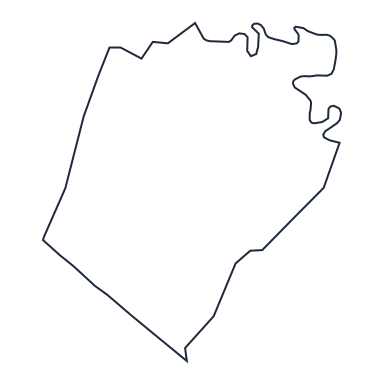 Berkeley, West Virginia, United States of America (Albers equal-area conic projection)
{"feature_id": "52423323B11679801882970", "entity_name": "Berkeley", "entity_type": "district", "adm_level": 2, "iso_a3": "USA", "parent_name": "United States of America", "parent_adm1": "West Virginia", "projection": "albers", "projection_center": [-77.931, 39.442], "detail": "fine", "context": "isolated", "style": "outline", "palette": "slate", "viewbox_px": 384, "rotation_deg": 0, "n_neighbors": 0, "source": "geoboundaries", "source_scale": "gbopen_adm2", "svg_char_len": 1419}
<svg xmlns="http://www.w3.org/2000/svg" viewBox="0 0 384 384"><path d="M195.1,23.0L167.9,43.3L152.8,41.9L141.5,58.6L120.5,47.5L109.5,47.5L98.2,76.1L83.7,116.4L65.3,188.3L44.1,236.5L43.0,240.1L60.2,255.5L73.4,266.1L94.8,285.8L107.5,295.0L131.2,315.3L151.1,331.7L152.3,332.7L186.8,361.0L185.1,348.0L213.7,316.2L235.6,263.4L250.3,250.7L262.2,250.1L295.7,216.0L323.7,187.8L339.6,142.8L329.6,140.3L324.0,137.3L323.5,135.5L323.2,134.7L325.2,131.3L337.0,123.2L339.8,119.9L341.0,114.0L340.8,112.2L339.7,109.1L338.3,107.9L333.7,105.8L331.1,106.3L329.6,107.3L328.5,109.1L328.1,118.3L322.0,122.1L314.1,123.3L311.5,122.6L310.6,121.3L309.7,120.1L309.7,113.4L310.5,110.0L311.0,103.8L311.0,102.2L310.3,100.4L305.7,94.8L294.8,87.5L293.0,83.7L293.2,81.7L293.7,80.6L295.0,79.4L300.7,76.5L304.9,76.1L310.0,76.4L317.2,75.4L327.3,75.7L331.6,73.7L332.7,71.4L333.8,69.3L335.6,59.6L336.3,53.8L336.4,50.2L334.8,40.6L333.5,38.9L330.3,35.9L326.8,34.8L319.0,34.9L315.8,34.2L307.8,31.1L303.4,28.1L295.7,26.7L294.3,27.9L294.4,29.0L298.1,34.0L298.7,35.8L298.4,41.6L296.6,43.4L291.9,44.1L290.7,43.7L282.3,41.0L274.1,39.1L268.1,37.1L265.8,34.5L263.7,28.5L260.7,24.9L257.3,23.5L254.1,23.8L252.3,25.4L252.1,27.2L258.8,33.7L258.1,47.0L256.2,54.0L250.9,56.2L247.2,50.9L247.6,37.3L244.5,34.0L239.3,33.4L234.8,35.5L231.1,40.5L228.8,41.9L217.8,41.5L209.8,41.2L206.5,40.4L204.2,39.0L203.2,37.8L195.1,23.0Z" fill="none" stroke="#1e293b" stroke-width="2"/></svg>